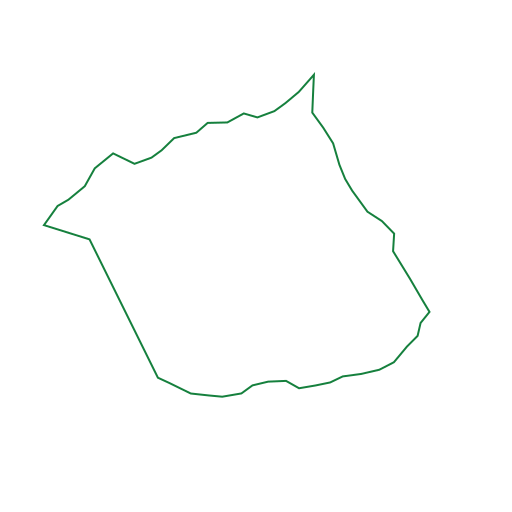 outline of Sysklipos, Cyprus, rotated 234°
{"feature_id": "46923920B59852999590656", "entity_name": "Sysklipos", "entity_type": "district", "adm_level": 2, "iso_a3": "CYP", "parent_name": "Cyprus", "parent_adm1": "", "projection": "orthographic", "projection_center": [33.179, 35.296], "detail": "fine", "context": "isolated", "style": "outline", "palette": "green", "viewbox_px": 512, "rotation_deg": 234, "n_neighbors": 0, "source": "geoboundaries", "source_scale": "gbopen_adm2", "svg_char_len": 821}
<svg xmlns="http://www.w3.org/2000/svg" viewBox="0 0 512 512"><g transform="rotate(234 256 256)"><path d="M368.6,409.4L363.6,387.1L362.4,369.7L362.4,356.0L367.3,338.6L378.5,329.9L380.9,311.3L392.1,295.1L390.8,280.2L399.5,259.1L397.0,241.7L397.0,229.3L402.0,211.9L423.0,200.7L421.7,177.1L413.1,158.5L411.8,137.3L413.1,124.9L405.6,102.6L367.3,131.1L215.2,105.1L204.1,111.3L183.1,122.4L170.7,136.1L162.0,146.0L153.4,163.4L153.4,177.1L147.2,192.0L137.3,206.9L123.7,213.1L116.3,228.0L110.1,241.7L107.6,255.4L98.9,271.5L91.5,288.9L89.0,305.1L94.0,324.9L96.4,339.8L105.1,349.8L108.8,363.5L122.4,364.7L147.1,367.2L179.3,369.7L192.9,380.9L210.2,378.4L226.3,372.2L239.9,372.2L252.3,372.2L265.9,373.4L280.8,377.1L301.8,384.6L320.3,385.8L338.9,385.8L356.2,399.5L368.6,409.4Z" fill="none" stroke="#15803d" stroke-width="2"/></g></svg>